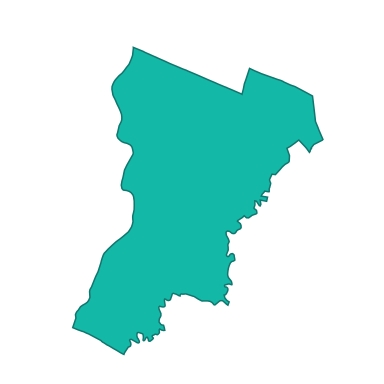 La Blanca, San Marcos, Guatemala, rotated 352°
{"feature_id": "79465075B67582520223271", "entity_name": "La Blanca", "entity_type": "district", "adm_level": 2, "iso_a3": "GTM", "parent_name": "Guatemala", "parent_adm1": "San Marcos", "projection": "natural_earth1", "projection_center": [-92.12, 14.551], "detail": "fine", "context": "isolated", "style": "filled", "palette": "teal", "viewbox_px": 384, "rotation_deg": 352, "n_neighbors": 0, "source": "geoboundaries", "source_scale": "gbopen_adm2", "svg_char_len": 6048}
<svg xmlns="http://www.w3.org/2000/svg" viewBox="0 0 384 384"><g transform="rotate(352 192 192)"><path d="M153.6,42.8L152.3,48.0L152.0,48.8L150.1,52.4L147.4,56.8L144.4,59.6L141.7,62.4L139.3,64.6L135.9,66.7L131.8,70.2L130.4,71.7L128.9,73.9L127.5,76.5L127.0,79.2L127.1,81.8L127.2,84.8L127.7,86.8L128.1,87.8L128.8,89.9L130.0,94.4L131.2,98.0L132.4,102.2L133.0,105.4L132.9,108.3L132.5,110.7L131.6,112.6L129.1,116.2L127.7,119.9L126.7,122.6L125.6,124.9L125.6,126.3L126.1,128.1L126.3,128.6L127.6,130.3L129.3,132.2L131.5,133.6L133.2,134.3L134.5,134.8L137.3,136.7L138.2,137.9L138.9,139.5L139.2,142.3L139.3,145.1L138.8,146.5L131.2,156.4L128.2,160.9L125.6,168.2L124.2,171.3L122.9,175.4L123.1,178.8L124.2,180.5L127.6,181.5L130.0,182.7L131.7,184.3L133.1,186.7L133.5,188.7L133.5,192.9L132.9,197.4L132.2,201.6L131.1,204.6L130.2,206.8L129.8,208.4L129.6,210.6L129.5,213.0L128.4,215.9L127.1,218.4L125.1,220.8L123.4,222.7L117.1,226.7L114.4,228.3L111.9,229.6L109.6,230.9L105.6,233.6L101.1,236.8L98.8,238.7L96.6,240.4L95.3,242.2L94.0,244.7L92.8,247.2L91.9,249.5L87.9,257.8L84.8,262.4L79.3,272.0L77.4,274.4L76.7,276.4L76.3,281.9L76.1,282.5L74.6,284.9L73.1,286.5L71.0,287.7L68.1,288.8L65.6,290.1L62.7,293.4L61.6,294.2L60.8,295.1L60.1,296.2L59.5,297.3L59.5,300.8L58.9,301.9L55.0,309.7L59.9,312.6L63.7,314.6L64.9,315.1L65.9,315.7L66.7,316.3L68.6,317.5L69.5,317.9L81.3,326.5L81.6,327.2L82.1,327.7L82.8,328.4L83.8,329.1L86.7,331.7L88.0,332.5L91.0,334.9L92.2,335.9L94.7,337.8L97.2,339.8L98.6,341.0L101.2,342.9L102.0,343.4L102.8,341.9L104.5,339.9L106.9,337.2L107.3,336.7L108.9,336.4L109.7,335.9L110.3,334.4L110.3,332.6L109.8,331.1L109.6,330.1L110.2,329.4L111.5,329.5L112.9,330.6L114.9,332.1L116.4,333.4L117.7,334.0L118.4,333.9L118.9,333.5L119.1,332.5L118.3,330.0L117.8,329.2L117.5,328.0L117.4,326.5L117.8,324.7L118.4,323.7L119.7,323.7L122.3,325.0L123.4,325.6L123.7,326.5L123.7,327.7L123.6,329.2L123.3,330.5L123.0,331.3L123.0,332.2L123.3,332.5L124.0,332.5L124.7,332.0L125.1,331.4L125.7,330.5L126.4,329.8L127.1,329.5L127.6,329.7L127.8,330.3L128.0,331.0L128.2,332.0L128.2,333.2L128.4,333.5L128.9,333.8L129.4,333.9L130.1,333.8L131.2,333.1L132.0,332.7L132.9,332.0L133.1,331.7L133.3,331.5L133.4,331.3L133.0,330.7L132.6,330.0L132.4,329.4L132.8,328.7L133.6,328.4L134.3,328.3L135.4,327.8L135.7,327.7L136.4,327.8L137.4,328.4L138.0,328.5L138.7,328.1L140.1,326.9L140.2,325.9L140.2,324.7L140.4,323.7L140.9,323.2L141.4,323.5L142.3,324.3L143.4,324.8L144.7,325.2L145.8,325.2L145.7,322.6L145.3,320.0L143.8,319.5L142.8,318.9L141.3,316.2L141.6,314.5L142.2,312.7L143.2,311.5L144.0,310.2L144.3,308.0L143.1,303.6L143.0,301.9L143.5,300.9L144.2,300.6L145.0,301.1L146.7,301.7L148.1,301.9L149.2,301.5L149.6,300.5L149.6,296.1L149.7,294.8L150.0,294.2L151.1,294.5L151.7,295.3L152.6,295.9L153.5,296.2L154.8,296.1L155.7,295.5L156.5,293.8L157.6,291.8L158.0,290.6L158.5,290.0L159.3,289.7L161.0,290.5L162.1,291.0L163.4,291.9L164.7,292.9L165.7,293.3L166.0,292.2L166.5,291.7L167.2,291.5L168.0,291.7L168.8,291.9L170.1,292.0L171.4,292.0L172.1,292.2L176.2,294.2L177.8,295.0L179.6,295.8L183.4,299.0L186.3,301.1L186.8,301.3L191.4,301.9L192.5,302.1L194.1,302.6L194.8,302.9L196.0,303.8L196.6,304.4L197.2,305.2L197.9,306.5L198.2,306.8L199.0,307.0L204.2,303.8L204.9,303.6L206.9,303.8L207.2,304.0L208.6,305.5L210.5,307.9L211.8,309.1L213.5,306.0L211.7,304.5L211.1,303.7L209.8,301.5L209.5,298.5L210.5,298.5L210.9,298.3L211.4,297.9L211.9,297.4L213.3,295.4L213.7,294.6L214.0,293.7L214.0,293.1L214.0,292.7L214.0,292.4L213.7,291.8L213.0,291.0L212.6,290.8L211.7,290.7L211.4,290.4L211.2,290.0L211.2,289.3L211.2,289.1L211.4,288.8L211.7,288.7L214.9,288.2L215.7,288.2L216.3,288.3L217.1,288.8L218.3,289.3L218.5,289.4L218.7,289.2L218.8,288.6L218.7,287.0L218.6,286.3L218.3,285.4L216.6,282.6L216.2,281.8L216.0,281.2L215.8,279.8L215.8,278.6L216.0,277.6L216.6,275.1L217.5,272.4L217.8,271.7L218.8,269.7L219.9,267.9L220.4,267.4L221.1,266.8L221.6,266.5L222.1,266.3L222.7,266.3L223.9,266.0L224.3,265.7L224.8,265.6L225.0,264.8L225.0,264.1L224.9,262.2L224.9,260.2L224.5,259.6L223.7,258.7L223.0,258.6L222.3,258.6L221.6,258.8L220.9,259.2L220.3,260.0L219.5,260.7L218.9,261.0L218.2,260.8L217.8,260.4L217.5,260.0L217.4,259.2L217.5,258.6L219.8,254.5L220.1,251.7L220.1,249.6L220.2,249.1L220.9,247.9L221.6,246.9L221.9,246.2L221.8,245.4L221.7,244.8L221.4,243.5L220.8,241.8L220.1,240.1L220.0,239.1L220.0,238.0L220.0,237.1L220.3,236.4L221.0,235.9L221.6,235.6L222.2,235.7L223.5,236.2L224.2,236.7L225.0,237.6L225.8,238.4L226.9,238.9L228.1,239.0L228.6,238.9L229.5,238.3L230.1,237.7L230.9,236.7L231.7,236.1L232.8,235.7L234.4,235.3L235.2,234.7L235.5,234.4L235.7,234.0L235.8,232.9L235.9,232.0L235.5,230.2L234.5,229.0L232.9,227.3L233.1,226.8L233.9,226.3L234.7,226.0L238.5,224.2L240.4,222.8L242.3,225.1L244.5,225.5L248.4,223.4L250.3,223.0L252.4,222.6L253.1,222.3L253.3,221.9L253.4,221.0L253.3,219.2L252.6,218.3L251.4,217.2L251.1,216.6L251.2,216.3L252.4,213.9L252.6,213.1L253.0,209.5L254.5,210.1L256.8,214.9L257.6,215.3L258.5,213.7L258.4,209.5L264.6,211.6L266.1,207.6L260.0,205.7L261.0,204.1L263.1,202.5L264.1,201.3L267.7,202.4L268.5,202.4L268.8,200.3L269.0,199.3L269.6,198.3L270.0,197.2L270.5,196.0L271.0,194.9L271.1,194.5L271.1,194.1L271.0,193.5L270.8,193.0L270.6,191.9L270.5,191.2L270.5,190.8L270.6,190.4L270.8,190.0L273.7,185.5L277.0,186.4L282.2,182.1L284.9,179.7L287.4,178.0L288.2,177.5L291.0,176.4L292.1,175.7L292.4,175.3L292.7,174.3L293.6,169.6L292.1,161.9L295.7,160.5L301.0,157.7L305.0,155.4L310.4,163.0L311.6,164.9L313.8,169.1L314.5,168.4L315.4,166.3L316.3,165.7L316.0,165.1L319.3,161.9L320.2,161.6L328.3,158.8L329.0,158.2L326.3,148.4L325.8,146.0L324.1,139.4L324.4,129.0L324.7,113.7L318.5,109.1L308.6,101.9L304.3,99.7L297.9,95.6L297.6,95.2L295.5,93.9L292.1,92.3L277.2,84.5L274.9,83.1L270.9,80.7L266.2,77.6L260.9,88.4L258.9,92.2L257.1,97.4L255.1,102.2L254.9,102.0L246.9,97.1L245.1,96.0L241.7,94.0L240.5,93.2L238.0,91.8L233.1,88.9L229.6,86.7L223.9,83.3L213.4,76.8L204.7,71.6L203.4,70.7L200.2,69.0L187.8,61.6L183.2,58.6L178.8,55.9L169.7,50.2L164.7,47.1L163.3,46.0L154.0,40.6L153.9,41.6L153.6,42.8Z" fill="#14b8a6" stroke="#0f766e" stroke-width="1.5"/></g></svg>